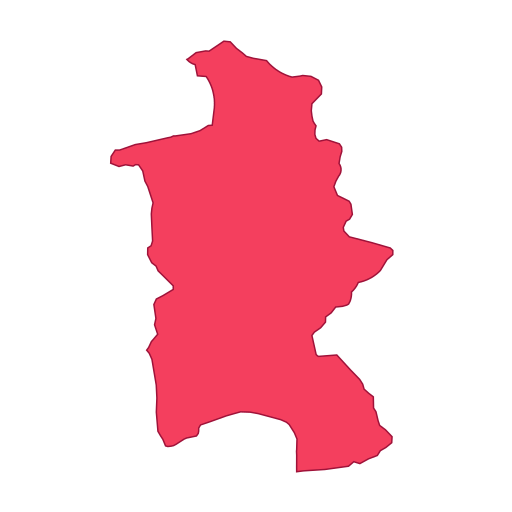 As-Sanamayn, Dar`a, Syria (Mercator projection), rotated 96°
{"feature_id": "27442178B3893178613366", "entity_name": "As-Sanamayn", "entity_type": "district", "adm_level": 2, "iso_a3": "SYR", "parent_name": "Syria", "parent_adm1": "Dar`a", "projection": "mercator", "projection_center": [36.188, 33.104], "detail": "fine", "context": "isolated", "style": "filled", "palette": "rose", "viewbox_px": 512, "rotation_deg": 96, "n_neighbors": 0, "source": "geoboundaries", "source_scale": "gbopen_adm2", "svg_char_len": 5948}
<svg xmlns="http://www.w3.org/2000/svg" viewBox="0 0 512 512"><g transform="rotate(96 256 256)"><path d="M194.6,167.0L191.8,169.1L187.3,181.3L179.0,185.8L173.3,184.4L168.0,182.2L167.8,182.1L167.5,181.9L167.3,181.8L167.0,181.6L166.9,181.6L166.7,181.4L166.4,181.3L166.2,181.2L165.9,181.1L165.5,181.0L165.3,180.9L165.0,180.8L164.9,180.8L164.6,180.7L164.3,180.6L164.2,180.6L163.8,180.5L163.5,180.5L163.3,180.5L163.1,180.5L162.8,180.4L162.6,180.4L162.3,180.4L162.0,180.4L161.7,180.4L161.3,180.5L161.1,180.5L160.9,180.5L160.6,180.5L160.4,180.6L160.1,180.6L159.8,180.7L159.6,180.8L159.3,180.9L159.0,180.9L158.8,181.0L158.5,181.1L158.3,181.2L158.0,181.4L157.8,181.5L157.5,181.6L157.3,181.7L157.0,181.9L156.9,181.9L156.7,182.1L156.2,182.4L156.0,182.6L155.8,182.7L155.6,182.9L155.4,183.1L148.6,182.7L143.0,181.6L138.9,182.2L135.7,184.8L132.9,197.9L135.2,205.2L132.8,208.6L128.9,210.2L124.5,210.5L120.3,209.9L118.1,211.8L115.9,213.4L111.0,215.0L105.7,216.2L98.7,216.3L88.0,207.9L81.0,208.3L74.7,212.2L71.6,220.1L71.6,228.4L72.5,231.1L74.3,238.8L74.2,239.4L74.1,240.0L73.9,240.9L73.8,241.9L73.6,242.5L73.5,242.8L73.4,243.4L73.2,244.0L73.1,244.3L73.0,244.9L72.9,245.2L72.8,245.5L72.6,246.1L72.4,246.7L72.2,247.3L72.1,247.6L71.9,248.1L71.8,248.4L71.7,248.7L71.5,249.3L71.4,249.6L71.1,250.2L71.0,250.5L70.8,251.0L70.5,251.6L70.4,251.9L70.1,252.4L70.0,252.7L69.8,253.0L69.7,253.3L69.4,253.8L69.1,254.4L68.8,254.9L68.7,255.2L68.4,255.8L68.1,256.3L67.7,256.8L67.4,257.4L67.2,257.6L67.1,257.9L66.7,258.4L66.4,258.9L66.0,259.4L65.7,259.9L65.3,260.5L65.1,260.7L64.7,261.2L64.4,261.7L64.0,262.2L63.6,262.7L63.2,263.1L63.0,263.4L62.6,263.8L62.1,264.3L61.7,264.8L61.5,265.0L61.1,265.4L60.6,265.9L59.9,275.4L59.7,279.1L58.5,286.5L55.5,290.7L51.6,297.1L45.7,304.0L45.7,310.4L57.2,324.1L57.3,327.5L60.0,336.8L67.1,344.3L67.7,345.3L68.0,345.0L68.2,344.8L68.4,344.5L68.6,344.3L68.7,344.1L68.9,343.8L69.1,343.6L69.3,343.4L69.5,343.0L69.7,342.8L69.8,342.5L70.0,342.3L70.1,342.0L70.3,341.7L70.5,341.2L70.7,340.9L70.8,340.7L70.9,340.4L71.0,340.1L71.2,339.7L71.3,339.5L71.4,339.2L71.5,338.9L71.5,338.6L71.6,338.3L71.7,338.0L71.8,337.7L71.8,337.4L71.9,337.1L71.9,336.8L72.0,336.5L82.9,333.1L82.7,324.3L83.0,324.0L83.3,323.8L83.8,323.4L84.3,323.0L84.6,322.8L84.9,322.5L85.4,322.2L85.7,321.9L86.1,321.7L86.6,321.3L87.1,321.0L87.6,320.7L88.1,320.3L88.4,320.1L88.8,319.9L89.3,319.6L89.8,319.3L90.2,319.1L90.5,318.9L91.1,318.6L91.4,318.4L91.8,318.2L92.2,318.0L92.7,317.8L93.2,317.5L93.6,317.3L94.2,317.1L94.5,316.9L95.1,316.7L95.5,316.5L96.0,316.3L96.4,316.2L96.8,316.0L97.4,315.8L97.8,315.7L98.3,315.5L98.7,315.4L99.3,315.2L99.9,315.0L100.6,314.8L101.0,314.7L101.5,314.5L102.0,314.4L102.5,314.3L103.0,314.2L103.5,314.0L104.0,313.9L104.6,313.8L105.1,313.7L105.6,313.6L106.1,313.6L106.6,313.5L107.1,313.4L107.6,313.3L108.3,313.3L108.9,313.2L109.6,313.1L110.2,313.1L110.9,313.0L111.5,313.0L112.1,313.0L112.9,312.9L130.5,313.2L131.2,317.1L137.2,324.8L141.2,333.5L145.1,349.0L145.2,350.6L146.8,353.3L147.6,356.0L154.8,376.9L157.8,387.7L164.9,402.7L165.4,407.0L172.1,410.5L178.9,410.2L181.3,401.6L178.9,395.2L179.4,387.6L177.7,385.3L177.6,382.3L183.3,377.5L193.1,374.3L198.2,370.9L213.9,363.9L219.2,364.5L225.1,364.5L237.8,362.6L251.9,360.4L256.8,361.4L259.3,364.5L266.0,363.9L273.6,359.0L276.5,354.3L281.0,351.8L285.1,346.6L294.3,335.2L297.9,334.8L305.2,344.5L309.2,350.6L314.9,352.5L328.6,349.0L335.0,349.7L344.1,345.6L350.4,349.9L351.2,350.5L352.1,351.1L358.2,353.2L361.1,354.9L363.9,352.0L369.6,348.7L394.8,341.7L407.7,339.7L421.7,338.8L440.6,335.2L444.8,332.1L448.0,329.5L454.3,326.1L454.7,323.8L454.0,320.6L453.2,318.2L451.6,315.8L445.7,308.5L444.2,305.9L443.7,304.2L441.2,296.4L438.5,294.9L436.1,294.7L433.1,295.0L430.0,293.6L429.7,293.3L425.7,284.6L418.2,269.1L415.4,262.2L412.6,255.1L411.9,245.5L412.5,237.3L416.2,214.2L418.1,208.4L420.1,205.4L427.7,199.4L433.7,196.1L444.4,195.3L445.9,195.3L449.9,194.7L461.9,193.5L466.3,193.0L464.7,186.3L461.1,165.2L455.4,142.0L450.3,137.2L450.5,136.5L450.7,135.7L450.8,135.0L451.0,134.1L451.1,133.4L451.3,132.6L451.4,131.8L451.6,131.0L445.9,122.8L441.7,114.5L436.6,112.0L432.9,106.9L427.5,101.5L421.5,101.8L415.3,109.1L411.6,115.3L407.0,117.4L398.4,120.4L394.9,123.2L383.8,124.6L380.8,129.5L377.1,134.6L372.3,136.5L367.9,140.0L359.2,150.4L346.0,165.3L349.3,183.2L349.0,184.3L347.7,185.9L329.2,192.1L325.6,190.0L320.6,184.2L314.5,180.0L309.3,180.4L304.7,175.3L298.4,171.4L297.0,164.7L295.3,160.5L294.1,158.9L291.4,157.8L291.0,157.7L290.6,157.6L290.2,157.5L289.8,157.4L289.4,157.4L289.0,157.3L288.6,157.2L288.2,157.2L287.8,157.1L287.5,157.1L287.1,157.1L286.7,157.0L286.2,157.0L285.8,157.0L285.4,157.0L285.0,157.0L284.6,157.0L284.3,157.0L283.9,157.0L283.5,157.1L283.1,157.1L282.7,157.2L282.2,157.2L281.8,157.3L281.6,157.1L281.3,156.8L281.0,156.6L280.7,156.4L280.4,156.1L280.1,155.8L279.8,155.6L279.5,155.4L279.2,155.2L278.9,155.0L278.6,154.8L278.3,154.6L278.0,154.4L277.7,154.2L277.4,154.0L277.1,153.9L276.8,153.7L276.5,153.5L276.1,153.4L275.8,153.2L275.5,153.0L275.1,152.8L274.7,152.7L274.4,152.5L274.1,152.4L273.6,152.2L273.3,152.1L272.9,152.0L272.6,151.9L272.3,151.7L271.9,151.6L271.6,151.5L271.4,151.0L271.3,150.5L271.2,150.3L271.0,149.8L270.9,149.6L270.8,149.1L270.7,148.8L270.5,148.4L270.3,147.9L270.1,147.4L270.0,147.2L269.8,146.7L269.6,146.2L269.4,145.8L269.2,145.5L269.0,145.1L268.9,144.8L268.7,144.4L268.4,143.9L268.3,143.7L268.1,143.2L267.8,142.8L267.5,142.4L267.4,142.1L267.3,141.9L267.0,141.5L266.7,141.0L266.6,140.8L266.3,140.4L266.0,140.0L265.9,139.8L265.6,139.3L265.3,138.9L265.0,138.5L264.7,138.1L264.5,137.9L264.2,137.5L263.9,137.1L263.7,136.9L263.5,136.7L263.2,136.3L262.8,135.9L262.3,135.3L262.0,135.0L261.6,134.6L261.3,134.2L260.7,133.7L260.3,133.3L260.0,133.0L259.4,132.5L259.0,132.1L258.4,131.6L258.0,131.3L257.4,130.8L246.0,125.4L240.3,120.1L236.2,120.5L234.0,123.3L230.6,142.4L227.2,165.2L222.0,171.2L218.4,172.2L211.9,170.0L209.6,166.8L204.6,164.5L194.6,167.0Z" fill="#f43f5e" stroke="#9f1239" stroke-width="1.5"/></g></svg>